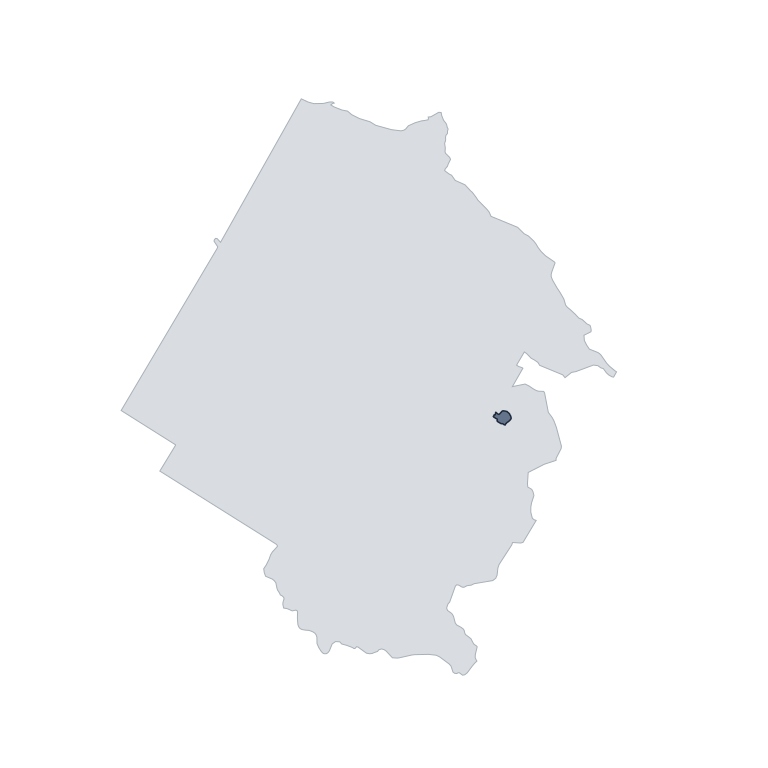 Ar Rashad, South Kordufan, Sudan shown in context, rotated 300°
{"feature_id": "16777658B6695424981162", "entity_name": "Ar Rashad", "entity_type": "district", "adm_level": 2, "iso_a3": "SDN", "parent_name": "Sudan", "parent_adm1": "South Kordufan", "projection": "orthographic", "projection_center": [31.122, 11.808], "detail": "fine", "context": "in_parent", "style": "filled", "palette": "slate", "viewbox_px": 768, "rotation_deg": 300, "n_neighbors": 0, "source": "geoboundaries", "source_scale": "gbopen_adm2", "svg_char_len": 5741}
<svg xmlns="http://www.w3.org/2000/svg" viewBox="0 0 768 768"><g transform="rotate(300 384 384)"><path d="M510.8,579.3L504.8,579.4L504.2,577.9L504.2,574.0L504.9,571.0L507.0,566.3L506.4,563.7L506.8,560.0L505.1,555.9L490.6,543.9L487.8,540.6L480.0,537.6L481.3,534.2L478.0,509.5L479.6,506.6L480.0,502.3L479.9,498.5L481.7,492.2L481.9,489.5L466.6,489.4L466.5,492.1L467.2,495.2L467.1,496.4L445.9,496.5L454.5,506.2L454.8,510.5L454.4,515.8L454.5,519.2L455.0,521.4L457.3,525.7L457.2,526.5L456.6,527.5L441.6,540.5L439.0,546.5L437.0,549.7L432.6,555.0L418.8,568.8L416.5,569.7L406.0,570.2L405.0,570.5L404.1,571.2L403.7,571.0L394.6,562.9L379.5,553.1L369.4,558.1L366.7,560.0L366.6,564.7L365.1,567.0L362.4,569.6L354.9,571.2L351.0,572.6L346.4,575.2L341.9,579.6L341.5,581.9L342.0,584.0L316.4,583.6L314.7,582.0L311.0,574.6L308.4,575.1L285.1,573.9L281.7,574.6L275.0,577.5L271.6,577.9L268.2,576.5L256.1,561.9L253.5,560.2L250.8,556.7L248.2,555.1L247.4,554.0L247.1,552.5L247.2,549.3L246.4,547.3L244.5,546.9L228.0,549.9L225.6,549.4L222.2,550.0L221.0,550.5L219.6,552.4L219.3,556.3L218.8,558.3L217.5,560.4L212.7,565.2L211.7,567.3L211.8,572.7L211.4,575.4L210.7,576.6L208.6,578.6L207.8,579.8L206.9,586.6L204.3,590.7L203.6,592.2L203.4,595.2L203.0,596.1L195.5,598.3L192.7,599.7L191.0,602.0L190.5,603.0L187.4,602.1L183.3,601.4L175.6,600.5L172.5,599.3L171.1,597.6L171.6,593.5L170.9,592.5L169.6,591.8L168.8,589.9L169.0,587.8L173.2,583.1L174.1,580.5L175.5,568.5L175.2,564.8L172.2,557.9L165.0,546.0L163.3,543.7L154.2,533.8L153.2,532.4L151.1,528.2L153.8,519.4L154.0,517.0L153.4,514.4L151.2,512.4L149.1,512.1L146.4,509.7L144.7,508.5L143.2,506.4L142.1,503.4L143.2,493.0L142.8,491.6L140.4,491.1L139.9,490.3L140.0,488.3L139.0,482.3L137.7,477.3L138.6,474.6L136.7,470.8L133.0,469.1L125.6,470.1L123.4,469.8L121.8,469.1L120.8,467.7L120.3,466.1L120.9,463.6L123.1,459.3L125.8,455.7L131.2,452.5L132.7,450.8L133.6,448.9L133.8,446.6L133.5,444.2L133.0,442.0L131.6,439.1L130.3,435.6L130.3,433.4L131.0,431.7L132.5,429.8L137.9,426.1L143.4,423.1L144.3,422.0L144.0,420.6L141.6,417.9L141.1,412.7L139.8,409.1L142.7,406.5L144.7,405.6L147.9,404.9L149.1,403.8L149.6,401.6L149.5,399.6L150.7,398.1L152.3,394.9L153.6,393.4L157.8,389.7L158.8,387.2L159.2,384.8L158.3,377.6L160.8,374.6L163.9,372.2L168.2,372.5L174.9,372.1L179.5,371.2L182.7,371.3L190.1,372.9L190.9,372.3L191.4,370.4L196.5,233.4L226.7,234.1L227.1,233.9L229.6,169.6L418.1,171.7L419.7,171.4L422.7,165.4L423.9,165.0L425.9,165.3L426.5,166.7L425.0,171.6L589.6,169.8L590.2,177.1L591.7,183.0L596.7,191.3L600.9,195.7L602.4,198.2L602.6,199.3L602.4,200.4L601.2,199.2L599.1,198.4L599.0,202.3L600.2,210.4L602.1,216.0L601.1,221.3L601.6,230.1L604.1,240.7L603.9,247.5L608.0,263.3L611.7,272.1L613.6,274.2L615.7,275.3L619.8,276.0L625.8,280.3L630.7,285.0L632.5,287.4L634.9,290.1L636.4,289.6L637.3,288.8L638.9,291.0L646.6,295.5L647.7,297.7L645.2,299.9L642.2,303.7L640.8,307.2L640.1,308.4L637.7,310.6L637.3,311.6L636.2,312.3L635.1,312.4L632.6,313.7L630.3,313.3L628.0,314.1L627.1,314.9L625.3,315.7L622.8,316.1L619.0,319.1L615.7,320.7L614.6,321.9L613.0,327.7L611.8,329.3L606.7,329.6L604.3,330.1L600.9,329.5L599.3,329.7L598.9,330.9L598.4,335.9L598.6,338.1L595.9,343.9L597.0,354.6L594.5,362.6L594.2,364.5L591.5,370.9L590.2,373.3L586.9,385.3L585.6,388.9L582.7,392.9L586.5,421.4L584.2,430.2L584.4,435.0L582.7,442.1L581.4,445.4L579.2,449.3L577.3,453.8L575.8,459.6L574.9,470.6L574.4,471.6L565.3,473.2L562.4,474.0L560.5,475.2L558.2,478.1L553.7,485.9L551.3,490.7L547.5,497.3L543.1,501.9L542.2,504.2L541.5,508.3L540.0,514.9L538.5,519.6L538.9,523.4L537.5,529.9L537.8,533.1L536.2,534.9L534.1,536.6L532.7,537.1L526.2,532.8L521.8,535.8L519.0,540.1L516.9,544.4L518.2,553.4L518.1,555.4L517.5,557.6L513.3,566.5L512.1,570.5L510.9,577.6L510.8,579.3Z" fill="#d9dde1" stroke="#a8b0b8" stroke-width="1"/><path d="M415.3,495.0L415.2,495.0L414.9,495.0L414.6,495.1L414.3,495.3L413.5,495.5L413.1,495.7L412.9,495.4L412.7,495.2L412.1,494.8L411.6,495.1L411.3,495.0L411.1,495.0L410.9,494.9L410.7,494.9L410.7,495.1L410.3,495.4L410.2,495.7L410.2,496.1L410.2,497.0L410.2,497.3L410.1,497.7L410.1,498.2L410.2,498.7L410.2,499.1L410.2,499.5L410.0,499.8L409.6,500.0L409.4,500.1L409.2,500.1L408.9,500.2L408.7,500.3L408.4,500.7L408.4,500.9L408.3,501.2L408.2,501.6L408.2,501.8L408.2,502.9L408.2,503.5L408.2,504.1L408.2,504.4L408.2,505.1L408.2,505.3L408.4,505.6L408.7,506.1L409.0,506.7L409.0,506.9L409.0,507.0L408.9,507.2L408.8,507.7L408.8,507.9L408.8,508.0L408.9,508.5L409.0,509.1L409.0,509.3L409.6,509.3L410.5,509.3L410.9,509.6L411.4,509.6L411.9,509.7L412.2,509.8L412.6,510.0L412.8,510.1L413.3,510.4L413.6,510.5L413.8,510.6L414.0,510.7L414.4,510.8L414.7,510.9L415.0,511.0L415.3,511.1L415.7,511.2L416.1,511.2L416.3,511.2L416.4,511.3L416.6,511.3L416.9,511.4L417.1,511.4L417.7,511.3L418.0,511.2L418.6,510.7L418.8,510.5L419.1,510.2L419.3,510.0L419.4,509.9L419.5,509.8L419.6,509.7L419.9,509.2L420.0,509.0L420.1,508.8L420.1,508.7L420.3,508.4L420.6,508.0L420.8,507.8L420.9,507.7L421.0,507.4L421.0,507.2L421.1,506.9L421.2,506.7L421.3,506.2L421.4,505.8L421.4,505.7L421.4,505.1L421.5,504.9L421.6,504.6L421.7,504.3L421.6,504.1L421.5,503.8L421.4,503.7L421.4,503.3L421.4,503.2L421.2,502.8L421.2,502.7L421.1,502.4L421.0,502.2L420.9,501.8L420.8,501.6L420.7,501.4L420.5,501.2L420.5,500.9L420.4,500.7L420.2,500.4L419.9,500.1L419.7,500.0L419.6,499.9L419.4,499.9L419.2,499.8L418.8,499.7L418.6,499.7L418.3,499.6L418.1,499.6L417.9,499.6L417.7,499.4L417.4,499.4L417.1,499.3L416.9,499.3L416.7,499.3L416.4,499.2L416.2,499.2L415.9,499.1L415.7,499.0L415.4,498.9L415.2,498.8L415.1,498.7L415.0,498.4L415.0,498.2L415.0,497.9L415.0,497.7L415.0,497.4L415.0,497.1L415.1,496.8L415.1,496.7L415.2,496.3L415.2,496.1L415.2,495.9L415.3,495.7L415.4,495.3L415.3,495.2L415.3,495.0Z" fill="#64748b" stroke="#1e293b" stroke-width="1.5"/></g></svg>